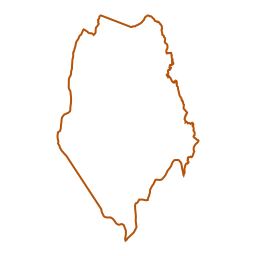 San José De La Montaña, Antioquia, Colombia
{"feature_id": "7082276B28312020323085", "entity_name": "San José De La Montaña", "entity_type": "district", "adm_level": 2, "iso_a3": "COL", "parent_name": "Colombia", "parent_adm1": "Antioquia", "projection": "equal_earth", "projection_center": [-75.652, 6.816], "detail": "fine", "context": "isolated", "style": "outline", "palette": "amber", "viewbox_px": 256, "rotation_deg": 0, "n_neighbors": 0, "source": "geoboundaries", "source_scale": "gbopen_adm2", "svg_char_len": 5599}
<svg xmlns="http://www.w3.org/2000/svg" viewBox="0 0 256 256"><path d="M58.0,143.4L59.4,145.8L59.9,147.6L61.4,150.3L65.3,154.8L66.1,155.5L66.6,156.2L101.3,209.2L101.4,210.6L102.1,212.7L103.8,216.2L105.4,217.2L107.1,217.5L110.5,217.4L112.7,218.7L114.5,220.9L116.2,223.3L117.7,224.5L119.3,224.7L121.7,224.0L123.7,225.0L125.9,230.8L125.9,234.2L125.1,239.2L125.5,240.6L126.6,239.8L127.6,238.3L133.8,232.4L135.0,230.3L136.5,227.1L135.7,220.8L135.9,216.3L135.2,209.1L135.0,205.8L135.6,203.5L137.2,202.8L138.2,201.5L139.2,199.6L142.9,199.6L145.9,200.3L147.8,200.0L148.2,197.8L149.1,195.7L150.0,192.3L150.1,189.9L151.8,186.4L153.3,184.4L155.5,179.8L157.6,179.7L160.1,180.0L162.0,179.3L163.8,177.3L165.5,175.1L167.6,170.7L169.7,168.1L171.1,166.0L172.6,162.1L174.4,160.1L177.0,160.0L178.7,160.1L181.0,162.7L181.7,165.5L182.0,167.9L183.0,172.2L183.4,174.8L183.6,175.2L183.8,174.5L184.6,172.7L184.6,172.1L184.5,170.7L184.5,168.7L185.3,165.3L185.9,164.1L186.2,163.6L186.5,163.4L187.1,163.7L187.4,163.7L187.7,163.3L187.9,162.9L188.0,162.8L188.3,162.8L188.5,162.4L188.5,161.9L188.2,161.6L187.6,160.5L187.5,160.2L188.0,159.5L188.0,159.2L187.8,158.5L187.8,158.1L187.9,157.7L188.4,157.2L189.0,157.3L189.6,157.2L190.4,156.6L190.9,156.7L191.4,157.2L191.7,157.1L192.1,156.7L192.7,155.8L193.7,152.7L194.3,151.5L193.7,150.4L193.6,149.6L193.7,148.7L193.7,147.9L193.9,146.9L194.7,145.6L195.7,144.1L197.3,142.7L198.1,141.7L198.4,141.2L198.5,140.8L198.4,140.5L197.7,139.9L196.6,139.6L195.9,138.6L194.2,137.6L193.9,137.2L193.5,136.7L193.6,136.2L193.7,135.9L194.0,135.6L194.4,135.4L194.5,135.2L194.7,133.5L194.5,132.2L194.1,131.4L193.4,130.5L193.7,129.1L193.6,127.7L193.3,126.9L192.5,125.9L192.5,125.6L192.7,125.3L193.2,125.3L193.4,125.0L193.3,124.2L193.2,123.8L192.8,123.2L192.2,122.8L191.7,123.6L191.4,123.6L191.3,123.4L191.1,123.4L190.9,123.7L190.5,123.9L190.0,123.7L189.6,123.2L189.2,123.0L188.9,123.0L188.2,123.4L187.7,123.3L187.2,122.4L186.9,122.0L186.4,121.7L186.0,121.9L185.5,122.3L185.5,121.7L185.8,121.6L185.8,121.3L185.7,121.2L185.3,120.9L185.2,120.7L185.1,120.2L184.6,119.3L184.5,118.8L184.9,118.2L184.9,117.3L184.9,117.1L185.5,116.5L185.5,115.5L185.7,114.9L186.3,114.7L186.6,113.5L187.0,113.3L187.1,113.1L187.1,112.5L186.8,112.1L186.4,111.8L185.5,110.6L184.8,110.0L184.4,109.2L183.8,108.9L183.6,108.4L183.6,107.1L184.0,104.9L183.9,104.7L183.6,104.6L183.4,104.1L183.1,102.9L183.1,102.0L182.9,101.7L182.6,101.8L182.4,101.4L182.6,101.2L182.4,100.7L182.3,100.4L181.6,100.0L181.5,98.5L180.5,96.9L180.0,96.3L179.5,95.1L178.1,89.1L177.8,86.8L177.4,86.3L176.9,86.0L176.7,85.5L176.7,85.2L176.9,84.9L176.9,84.6L176.7,83.8L176.9,83.0L176.8,82.1L176.6,81.5L176.4,81.0L176.2,80.9L176.2,81.8L175.6,81.6L175.8,82.1L175.7,82.4L175.4,82.3L175.4,82.1L175.2,81.8L175.0,81.7L174.9,81.8L174.6,82.5L174.4,82.6L174.2,82.5L174.1,82.0L173.9,81.7L173.7,81.8L173.6,82.4L173.5,82.5L173.0,82.3L171.9,81.1L171.5,80.3L170.8,78.6L170.1,77.5L169.7,77.2L168.5,77.3L168.3,77.3L168.4,77.0L168.9,76.4L168.9,76.0L168.8,75.8L168.4,75.6L168.2,75.6L167.6,76.1L167.4,76.1L167.2,75.1L166.8,75.1L166.7,75.0L166.8,74.6L168.0,73.9L168.3,73.3L168.3,72.7L168.0,72.1L168.0,71.6L168.0,71.1L168.2,70.2L168.5,69.8L169.1,69.5L169.4,69.5L169.7,69.8L170.1,69.6L170.3,69.1L170.2,68.5L170.6,68.4L170.8,68.1L170.9,67.8L170.6,67.7L170.3,67.8L169.9,68.1L169.5,67.5L169.5,67.1L169.7,66.5L169.8,65.5L169.9,65.2L170.2,64.9L170.7,65.0L171.3,65.2L171.6,65.2L172.0,64.6L172.1,63.6L172.3,63.4L172.6,63.5L172.9,64.0L173.0,64.1L173.3,63.8L173.4,63.2L173.0,62.8L172.3,62.8L172.1,62.6L172.1,62.2L172.2,61.8L172.3,61.6L172.7,61.6L172.8,61.3L172.5,60.9L171.9,60.8L171.9,60.4L172.0,60.1L172.6,59.5L172.6,59.3L172.4,59.0L172.2,59.0L172.1,58.8L171.7,57.3L171.6,56.1L171.8,55.3L171.3,54.6L171.3,53.5L171.2,53.1L171.1,52.9L169.9,53.0L169.3,52.9L169.1,52.9L168.7,53.2L168.1,53.1L167.9,53.0L167.0,53.4L166.7,53.4L166.6,53.2L166.3,51.2L166.3,50.8L166.6,49.6L167.3,48.7L167.5,46.9L167.4,45.4L167.1,44.7L166.7,44.0L166.2,43.7L165.0,42.6L164.7,41.7L164.8,41.1L165.1,39.8L165.1,38.8L165.0,38.1L164.8,37.9L164.1,37.2L163.9,36.2L163.7,35.7L163.2,35.2L162.5,35.0L162.2,34.4L162.2,32.8L161.5,30.2L161.5,29.8L161.9,29.4L161.8,28.9L162.1,28.4L161.8,26.9L161.8,26.1L161.5,25.8L160.8,24.4L159.9,23.8L159.2,22.4L158.7,22.2L158.4,21.9L157.8,22.1L157.4,22.1L157.0,21.5L156.8,21.4L155.2,21.0L154.8,20.8L154.5,19.9L153.7,18.8L152.5,17.8L152.0,17.1L151.4,16.6L150.4,16.1L149.5,16.3L148.6,15.5L147.9,15.5L147.0,15.7L146.3,16.4L145.4,17.0L145.0,17.4L144.6,18.1L144.2,19.3L144.0,19.8L143.4,20.4L142.2,21.8L141.4,22.7L140.4,23.4L137.8,24.9L136.4,25.4L135.0,26.4L134.6,26.4L133.3,26.3L131.7,27.0L130.9,27.0L100.8,15.4L100.0,16.0L99.3,16.9L99.2,18.0L98.9,18.9L98.7,19.2L98.0,19.9L98.1,20.8L98.4,21.1L98.4,21.3L98.1,22.3L98.1,22.7L98.2,22.9L98.4,22.9L98.6,23.1L98.7,23.4L98.7,24.1L97.1,26.3L96.1,27.4L95.8,28.6L95.7,29.1L95.6,32.3L95.2,33.2L94.7,33.9L94.0,34.3L93.7,34.9L92.8,34.0L91.6,33.3L89.3,33.2L89.0,33.1L88.5,32.8L87.3,31.6L86.4,31.1L84.8,29.9L83.6,29.4L83.3,29.8L81.8,33.1L81.1,34.6L80.7,35.0L80.0,35.4L79.5,36.0L78.2,39.1L77.0,40.7L76.5,41.6L76.0,42.9L75.1,47.3L74.5,49.0L74.0,51.1L73.8,51.6L73.3,52.1L73.2,52.7L73.2,56.1L73.0,57.6L72.5,59.1L72.0,66.1L72.0,67.7L71.7,69.8L71.2,70.8L71.0,74.0L70.5,75.7L69.6,77.1L68.9,78.8L68.8,82.6L68.7,87.6L69.2,89.1L69.8,90.2L70.4,91.4L71.1,98.0L71.0,102.5L70.4,107.2L70.3,110.1L69.9,111.3L68.6,112.6L64.2,114.6L62.1,117.3L61.5,119.9L61.4,122.6L61.0,124.9L60.8,127.9L60.5,129.6L60.3,130.3L60.0,130.9L59.6,131.3L58.7,131.8L58.0,132.3L57.8,132.9L57.7,134.7L57.5,135.7L57.6,137.9L58.0,140.0L58.4,141.3L58.3,142.4L58.0,143.4Z" fill="none" stroke="#b45309" stroke-width="2"/></svg>